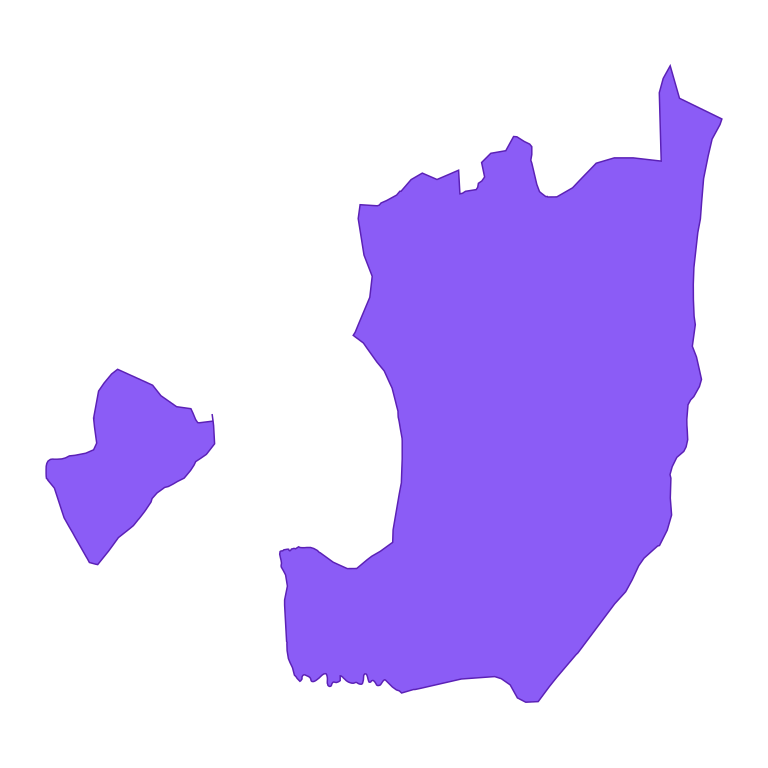 the district of Mudhaykhirah, Ibb, Yemen
{"feature_id": "15242507B26133929095382", "entity_name": "Mudhaykhirah", "entity_type": "district", "adm_level": 2, "iso_a3": "YEM", "parent_name": "Yemen", "parent_adm1": "Ibb", "projection": "natural_earth1", "projection_center": [43.933, 13.859], "detail": "fine", "context": "isolated", "style": "filled", "palette": "violet", "viewbox_px": 768, "rotation_deg": 0, "n_neighbors": 0, "source": "geoboundaries", "source_scale": "gbopen_adm2", "svg_char_len": 4808}
<svg xmlns="http://www.w3.org/2000/svg" viewBox="0 0 768 768"><path d="M353.2,335.4L363.4,343.0L367.0,348.2L377.0,362.2L384.2,370.9L388.1,379.5L389.7,383.0L392.1,388.1L395.7,402.2L396.6,405.9L398.0,411.2L398.0,412.6L398.2,417.1L398.8,419.8L399.2,421.8L400.4,429.0L402.0,437.9L402.1,438.5L402.1,439.0L402.2,440.7L402.2,454.3L402.2,459.0L401.7,473.0L401.4,481.5L401.4,482.7L400.9,485.2L399.2,494.2L395.6,515.2L393.1,529.8L392.7,542.3L380.3,551.3L371.8,556.2L367.2,559.7L356.7,568.5L347.3,568.6L339.3,565.0L333.2,562.2L320.1,552.7L319.4,552.5L317.4,550.5L313.8,548.5L310.6,547.5L306.7,547.5L304.3,547.7L302.1,547.7L300.0,547.5L298.6,546.8L295.5,548.8L294.3,548.4L293.3,548.5L292.8,548.8L291.9,548.9L291.4,549.1L290.9,550.0L289.9,550.8L289.1,550.4L288.6,549.2L287.4,549.2L285.7,549.5L283.9,549.8L282.7,550.8L281.0,551.0L280.1,551.5L279.7,554.2L280.4,557.6L281.1,560.5L281.5,563.2L281.1,565.5L281.2,566.9L283.6,571.1L285.6,575.0L287.4,586.1L284.6,600.0L284.6,605.0L286.6,641.5L287.0,642.3L286.9,644.1L287.1,650.6L288.4,658.6L290.0,662.5L292.5,667.7L294.4,675.1L296.0,676.7L297.1,678.4L299.9,681.3L300.8,680.7L302.0,679.0L302.0,677.0L302.7,675.6L303.6,674.9L304.8,674.8L307.1,675.9L308.1,676.3L308.9,676.8L309.7,677.3L310.3,678.1L310.8,679.2L311.1,680.7L311.8,681.4L312.7,681.6L313.8,681.5L315.0,681.0L316.3,680.2L317.7,679.1L319.0,678.1L320.3,676.8L322.0,675.2L323.7,674.0L325.0,673.7L325.9,673.7L326.4,674.2L326.8,675.1L327.1,676.3L327.4,678.0L327.4,679.7L327.3,681.5L327.3,683.2L327.7,684.3L328.0,685.5L329.3,686.4L330.0,686.4L330.8,686.2L331.5,685.2L331.9,683.7L332.7,682.6L333.3,682.1L334.3,682.1L335.3,682.4L336.4,682.5L337.7,682.1L338.7,681.7L339.4,681.2L340.2,680.6L340.2,675.8L340.8,675.8L341.6,676.4L342.6,677.0L343.4,678.0L344.7,679.1L346.3,680.7L348.3,682.0L350.4,682.8L352.1,683.2L353.6,683.2L354.5,682.9L355.4,682.5L356.2,682.4L357.1,682.7L358.0,683.4L359.3,684.0L360.5,684.2L361.5,684.2L362.4,683.6L362.9,682.0L363.4,679.9L363.6,676.9L363.7,675.4L364.6,674.0L365.7,673.9L366.5,674.3L367.1,675.7L367.6,677.3L368.0,679.0L368.6,681.1L369.2,682.2L370.1,682.2L370.8,681.9L371.5,680.8L372.8,680.4L373.5,680.6L374.2,681.3L375.0,682.2L375.9,683.6L376.6,685.0L377.5,685.5L378.9,685.5L380.1,685.1L380.8,684.4L381.6,683.2L382.9,681.2L384.4,679.8L385.4,680.0L392.4,687.0L396.4,689.9L399.4,690.9L401.6,693.0L404.0,692.3L413.5,689.5L415.0,689.5L420.3,688.4L438.6,684.2L461.3,679.0L493.0,676.7L494.8,676.6L501.3,678.7L510.2,684.9L517.4,697.9L525.7,702.2L538.2,701.6L549.5,686.4L556.7,677.4L576.0,654.7L577.9,652.9L614.7,603.8L625.7,591.7L632.2,579.8L638.7,565.8L644.0,558.2L653.8,549.4L657.6,546.0L659.5,545.5L667.2,530.2L671.6,515.0L670.3,498.1L670.9,478.2L670.0,474.6L672.2,466.7L676.8,457.4L683.8,451.4L686.1,446.9L687.7,439.7L687.3,431.2L686.9,425.2L686.8,419.5L688.0,404.8L690.7,399.8L693.8,396.6L699.4,386.6L701.5,379.4L699.3,369.4L696.5,357.0L692.3,346.2L692.5,345.1L695.3,324.7L694.1,316.2L693.4,299.5L693.3,284.3L693.9,267.6L697.8,232.6L700.4,218.9L701.7,201.4L703.6,178.6L708.2,155.8L712.1,139.1L720.0,124.6L721.9,119.0L721.3,118.7L679.5,98.3L670.2,65.8L663.2,78.4L659.3,92.7L661.2,161.1L633.4,157.9L614.2,157.9L596.2,163.2L589.0,170.7L584.9,174.9L579.6,180.4L572.6,187.8L556.8,196.9L547.8,197.0L547.5,196.5L545.8,196.6L541.5,193.3L539.5,191.6L536.8,184.4L531.8,163.1L530.8,160.2L531.8,154.5L531.8,146.7L529.7,144.1L524.3,141.5L516.9,136.8L513.6,136.5L505.8,150.7L490.8,153.3L481.6,162.5L484.6,177.0L481.8,181.0L478.4,183.3L477.7,187.3L476.2,189.6L465.5,191.3L462.4,193.3L459.9,193.8L458.6,170.2L448.7,174.5L437.0,179.5L435.0,178.6L422.3,173.1L411.1,179.6L403.0,189.0L401.0,191.3L399.9,191.2L396.6,195.1L386.5,200.6L381.0,203.0L379.3,205.1L377.3,205.8L360.1,204.7L358.2,218.6L361.6,239.9L364.0,255.1L372.2,276.3L369.8,297.3L358.4,324.4L355.2,332.2L353.2,335.4ZM117.6,369.3L112.1,373.6L111.6,374.0L104.2,382.9L98.6,391.0L93.9,416.5L93.9,418.2L93.6,418.2L94.5,427.0L96.7,443.1L93.6,449.8L85.8,453.2L75.0,455.3L69.4,455.9L65.5,457.9L61.8,458.9L57.4,459.2L54.2,459.2L52.3,459.1L50.4,459.4L48.0,461.1L46.8,463.4L46.2,466.2L46.1,469.3L46.1,473.1L46.2,476.4L46.5,478.5L47.8,479.5L47.8,480.1L54.4,488.1L61.3,509.3L64.1,517.8L69.0,526.5L72.8,533.0L74.8,536.7L86.2,556.8L87.1,558.3L87.3,558.6L89.4,562.5L95.3,564.1L97.7,564.6L108.5,551.2L113.2,544.8L118.4,537.6L129.9,528.5L133.4,525.6L138.4,519.4L138.9,518.9L140.8,516.5L141.2,516.0L144.5,511.7L145.7,510.0L146.4,509.0L146.9,508.2L151.0,502.1L152.1,498.5L157.1,492.9L164.7,487.4L168.4,486.5L173.0,484.1L177.4,481.5L184.2,478.1L190.6,470.4L194.0,465.2L195.7,461.6L201.0,458.1L201.7,457.6L206.2,454.5L207.0,453.6L214.6,443.8L214.3,438.3L214.2,436.5L213.6,425.6L213.0,420.5L212.1,414.0L213.0,421.1L199.1,422.8L197.7,422.6L195.6,419.5L193.0,413.2L190.9,408.7L176.6,406.7L160.9,395.7L152.6,385.2L117.6,369.3Z" fill="#8b5cf6" stroke="#5b21b6" stroke-width="1.5"/></svg>